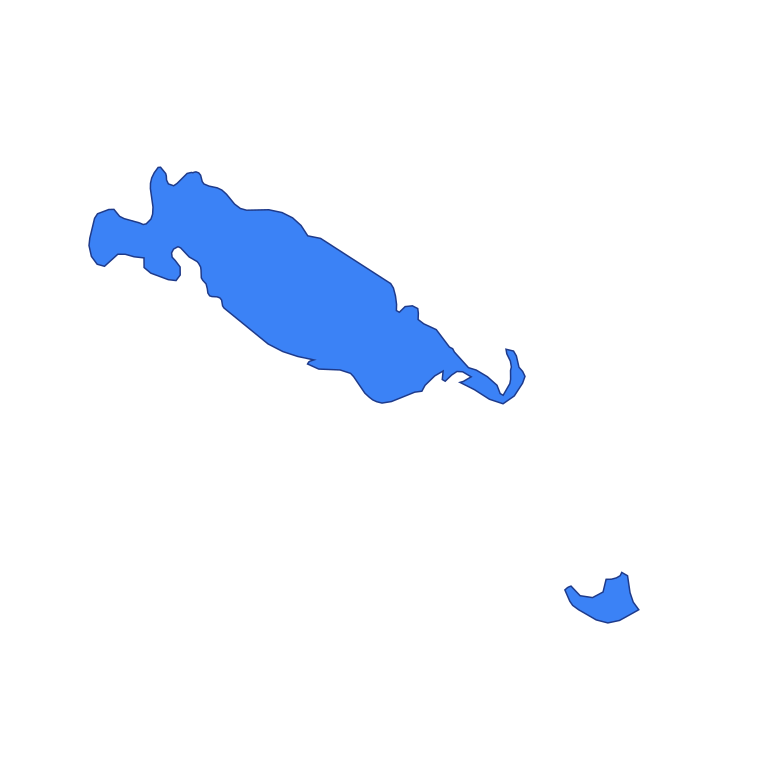 the Province of Manus, rotated 30°
{"feature_id": "PNG-1251", "entity_name": "Manus", "entity_type": "Province", "adm_level": 1, "iso_a3": "PNG", "parent_name": "Papua New Guinea", "parent_adm1": "", "projection": "orthographic", "projection_center": [147.059, -2.147], "detail": "fine", "context": "isolated", "style": "filled", "palette": "blue", "viewbox_px": 768, "rotation_deg": 30, "n_neighbors": 0, "source": "natural_earth", "source_scale": "10m", "svg_char_len": 2266}
<svg xmlns="http://www.w3.org/2000/svg" viewBox="0 0 768 768"><g transform="rotate(30 384 384)"><path d="M497.8,303.8L502.3,306.9L503.6,314.1L502.8,329.2L497.0,341.6L482.9,344.5L465.3,343.7L449.0,344.6L451.4,342.1L455.9,334.2L446.0,334.1L440.9,336.7L438.1,342.4L435.6,351.0L432.2,351.0L428.7,343.2L423.9,351.6L420.2,364.6L420.4,371.3L414.7,375.7L399.2,395.5L391.8,401.5L386.5,403.0L382.2,403.4L377.8,402.8L372.0,401.5L354.0,392.8L349.7,391.5L338.9,393.8L320.0,403.7L307.8,404.9L307.8,402.6L308.5,401.2L311.2,398.2L295.5,403.3L280.2,406.5L263.6,407.3L207.4,398.2L205.1,397.0L201.4,392.5L198.8,391.5L195.8,392.0L191.3,394.3L188.9,394.8L186.0,393.3L183.3,389.8L179.9,386.3L175.2,384.8L172.7,383.4L168.5,376.7L166.7,374.4L163.1,372.2L160.9,371.4L151.8,371.4L139.8,367.8L136.9,368.1L134.3,372.4L134.5,376.7L137.1,380.1L141.6,381.5L148.9,384.6L153.0,391.5L152.2,398.4L145.0,401.5L126.6,404.6L118.0,403.1L113.1,394.8L103.9,398.8L95.1,401.0L88.6,404.7L83.1,421.8L75.7,423.7L66.8,419.8L59.3,411.6L56.3,404.8L50.5,385.2L50.8,379.8L58.4,370.5L62.8,367.8L71.2,371.0L76.3,370.7L91.9,366.7L95.7,366.3L98.0,364.2L99.7,357.7L98.7,352.6L95.5,346.3L84.0,331.6L81.4,326.9L79.8,321.7L79.4,315.9L80.1,309.4L82.1,308.0L89.7,310.9L91.5,312.7L93.7,316.1L97.2,318.5L102.7,317.5L104.5,313.8L108.2,300.1L111.4,297.1L112.9,296.6L113.7,295.5L115.1,294.3L118.0,293.8L120.8,294.9L125.4,299.6L128.1,300.8L133.5,300.1L141.5,297.5L146.6,297.1L152.7,298.4L164.6,302.9L171.8,303.8L178.1,302.2L197.1,290.7L210.0,286.5L221.8,285.8L232.9,288.2L243.9,293.8L256.3,289.6L339.6,293.7L344.2,296.2L349.9,302.0L355.1,308.8L358.0,314.2L361.4,314.2L363.6,306.4L369.5,302.1L375.5,301.8L378.4,305.6L381.3,311.1L388.3,312.0L402.1,310.8L422.2,319.3L425.8,319.1L428.9,321.1L449.0,327.6L456.9,325.8L469.9,326.0L482.5,328.6L489.4,334.2L492.8,334.2L492.8,320.8L491.3,316.6L486.8,309.0L485.8,305.6L482.0,301.0L475.3,296.5L472.3,292.9L479.7,290.7L484.6,293.5L492.5,302.0L497.8,303.8ZM690.8,428.3L701.4,441.7L708.9,448.3L717.5,452.1L706.2,471.0L697.3,479.0L685.7,482.2L665.5,482.2L658.1,481.4L653.5,479.2L643.6,471.9L644.7,468.6L645.6,467.2L647.0,465.5L659.7,469.3L671.4,464.7L677.7,454.6L674.0,442.1L678.5,439.4L682.2,435.7L684.4,431.9L684.1,428.3L690.8,428.3Z" fill="#3b82f6" stroke="#1e3a8a" stroke-width="1.5"/></g></svg>